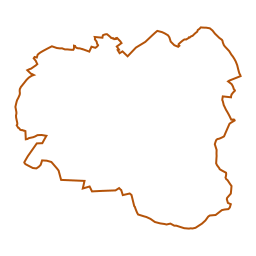 the district of Silindia, Arad, Romania
{"feature_id": "2599482B7654473920884", "entity_name": "Silindia", "entity_type": "district", "adm_level": 2, "iso_a3": "ROU", "parent_name": "Romania", "parent_adm1": "Arad", "projection": "robinson", "projection_center": [21.934, 46.34], "detail": "fine", "context": "isolated", "style": "outline", "palette": "amber", "viewbox_px": 256, "rotation_deg": 0, "n_neighbors": 0, "source": "geoboundaries", "source_scale": "gbopen_adm2", "svg_char_len": 3954}
<svg xmlns="http://www.w3.org/2000/svg" viewBox="0 0 256 256"><path d="M230.8,204.2L227.9,202.9L226.8,199.1L227.1,197.9L230.8,193.6L231.2,189.8L231.5,186.0L230.0,183.9L227.5,180.1L226.2,179.1L225.5,177.5L225.9,176.3L226.2,174.0L226.0,172.7L224.1,171.7L221.7,170.4L219.7,169.2L219.2,168.1L217.9,166.4L216.9,165.0L216.1,163.2L216.2,162.6L216.4,159.0L216.6,156.0L216.5,153.5L216.6,149.9L215.9,147.7L214.8,144.2L215.5,142.0L216.1,140.3L216.8,139.5L217.6,139.0L218.8,138.8L219.9,138.4L221.5,137.7L222.9,137.0L224.0,136.4L224.3,135.8L225.3,133.4L227.3,128.8L229.5,123.8L230.0,123.4L230.5,123.0L234.6,120.5L234.3,119.7L233.6,119.5L231.3,119.7L230.4,117.9L229.5,116.0L228.5,114.1L227.1,111.6L226.0,109.8L224.4,106.4L223.8,105.3L222.8,101.2L222.3,100.1L222.3,99.3L222.8,96.4L231.0,97.3L231.1,96.1L231.4,95.2L231.6,94.3L232.2,93.8L232.7,93.0L233.4,92.2L234.7,91.0L234.9,90.4L233.7,88.9L233.3,87.4L232.6,85.8L231.6,84.1L228.1,81.4L229.3,80.6L240.6,76.1L240.4,75.5L240.1,74.6L239.5,73.8L238.9,71.9L238.2,69.3L237.2,65.2L235.7,61.4L234.4,59.0L232.9,56.6L231.4,54.7L229.2,51.1L224.8,46.4L223.8,45.0L223.4,43.9L222.9,42.7L222.7,41.8L222.5,40.8L222.2,40.3L221.9,39.8L221.1,39.2L219.3,37.9L214.9,33.6L212.5,30.5L209.8,28.3L209.2,28.2L206.3,27.7L203.1,27.6L200.8,27.4L199.4,28.9L197.8,30.0L197.2,31.7L195.5,33.0L194.0,34.4L192.5,35.9L191.3,36.2L190.6,36.8L189.7,37.5L189.1,37.3L188.9,37.8L187.6,38.6L186.1,39.5L185.0,39.4L184.3,39.5L182.8,40.5L181.2,41.8L180.2,42.7L179.1,43.7L178.6,44.2L178.6,45.2L179.3,45.8L178.2,46.8L174.3,45.2L170.7,41.6L169.4,37.4L168.0,35.3L164.6,33.3L162.0,32.1L157.3,30.9L156.8,31.3L154.6,33.2L152.0,35.6L145.3,41.9L135.9,47.6L127.6,56.3L122.5,51.4L119.6,53.2L117.7,50.1L119.0,49.7L116.8,46.5L121.5,43.1L120.3,41.3L117.0,37.9L115.9,38.2L115.9,39.0L114.6,39.1L114.6,38.8L114.3,38.8L113.3,38.7L113.1,38.2L112.3,38.1L112.1,38.2L111.0,37.8L110.9,37.5L109.2,36.0L107.6,34.7L107.2,34.3L106.2,34.2L104.4,34.6L103.0,35.2L102.7,36.0L102.4,37.7L94.7,37.0L95.0,37.9L94.9,39.3L95.0,39.5L96.2,41.0L96.6,41.6L97.0,43.3L97.1,43.8L98.1,45.2L98.1,45.3L97.1,46.5L95.4,47.8L92.8,47.1L91.5,46.7L89.3,51.6L82.5,49.1L82.4,49.2L80.9,48.7L79.5,48.3L78.3,48.3L77.1,48.1L75.4,47.1L75.1,46.0L74.0,45.7L74.0,46.4L74.1,47.3L73.8,48.9L73.3,49.8L71.6,49.8L69.2,49.6L67.4,49.4L64.9,49.4L62.0,48.3L59.9,48.4L59.2,48.3L56.8,48.0L51.9,46.3L47.4,48.6L43.1,50.9L41.9,51.6L40.7,52.3L39.4,53.2L37.7,54.6L36.8,57.5L34.6,57.0L33.7,58.3L35.3,60.3L35.7,60.7L36.1,61.6L36.5,62.5L37.3,64.1L35.7,65.5L34.9,66.0L32.0,68.0L31.0,68.7L29.9,69.0L28.5,69.6L27.3,70.2L28.3,71.2L31.2,73.9L31.9,74.0L33.8,75.0L31.8,75.7L31.0,76.2L29.4,77.2L28.6,77.8L26.8,79.6L26.5,79.9L23.7,83.5L23.0,84.3L22.2,85.4L20.9,86.9L20.5,87.8L19.9,88.9L19.7,90.1L19.7,91.5L19.9,93.1L19.7,94.7L18.3,97.9L17.1,100.1L16.6,101.7L16.0,104.2L15.4,106.9L16.4,112.1L16.4,113.7L16.0,115.5L16.1,117.5L17.3,123.1L17.3,124.2L16.7,125.3L17.7,126.9L18.2,127.8L19.0,128.1L19.3,128.5L19.6,128.9L20.3,129.8L22.0,130.2L22.7,130.1L23.5,130.7L24.4,130.7L25.4,131.1L25.8,139.3L27.4,139.0L28.9,138.1L33.2,137.2L35.2,136.4L37.0,135.4L37.7,135.1L38.7,135.1L41.7,135.0L45.7,135.7L46.4,135.8L43.7,140.6L42.3,143.2L36.8,143.4L27.8,156.2L25.7,159.8L24.3,162.3L24.3,162.6L24.6,163.0L25.4,164.1L28.0,165.5L32.8,168.0L35.2,168.3L36.4,168.4L38.9,166.7L40.7,164.8L42.1,160.4L46.8,160.7L51.4,162.0L57.0,168.5L58.6,170.6L61.1,179.9L84.5,180.9L82.8,188.5L89.6,186.5L92.0,191.4L101.9,190.9L115.5,190.4L119.1,188.1L120.8,189.8L121.2,190.0L122.8,195.1L126.3,194.3L129.7,193.5L131.5,195.0L133.8,204.4L134.3,206.3L134.9,206.9L135.4,208.5L136.5,211.3L137.1,212.7L138.1,214.5L144.2,216.4L146.4,217.0L150.5,218.9L154.9,222.0L160.2,223.4L164.5,224.0L166.5,224.5L169.1,223.9L170.4,223.6L172.3,224.6L174.3,225.7L176.4,225.7L180.4,227.0L184.2,228.2L189.0,228.6L190.7,228.3L192.4,228.5L195.5,227.8L202.0,223.6L205.4,220.5L208.2,216.6L209.8,215.5L215.6,215.0L221.9,210.1L224.7,209.5L228.4,209.1L229.8,207.5L230.8,204.2Z" fill="none" stroke="#b45309" stroke-width="2"/></svg>